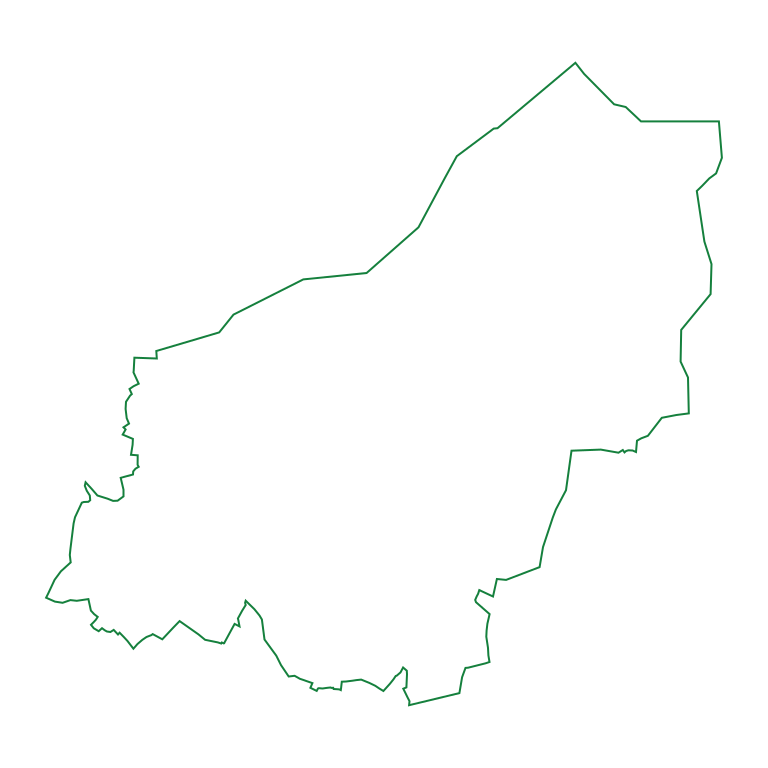 Oyi, Anambra, Nigeria (Natural Earth projection)
{"feature_id": "59680162B91981903970684", "entity_name": "Oyi", "entity_type": "district", "adm_level": 2, "iso_a3": "NGA", "parent_name": "Nigeria", "parent_adm1": "Anambra", "projection": "natural_earth1", "projection_center": [6.865, 6.226], "detail": "fine", "context": "isolated", "style": "outline", "palette": "green", "viewbox_px": 768, "rotation_deg": 0, "n_neighbors": 0, "source": "geoboundaries", "source_scale": "gbopen_adm2", "svg_char_len": 2732}
<svg xmlns="http://www.w3.org/2000/svg" viewBox="0 0 768 768"><path d="M85.6,482.3L84.8,485.8L86.8,490.8L89.8,495.5L90.2,500.2L88.4,501.8L83.8,502.0L81.8,502.7L75.0,517.3L73.6,523.4L70.5,548.3L69.8,555.0L70.7,562.4L60.9,571.3L54.6,579.8L48.3,593.3L46.1,597.7L54.9,601.6L62.6,602.8L70.4,600.1L76.8,600.8L88.4,599.1L90.9,610.6L94.1,614.1L97.7,616.9L95.9,619.7L93.8,622.0L91.0,624.8L93.8,628.3L98.7,631.2L102.0,628.2L104.8,630.3L106.9,631.5L110.4,632.0L113.7,629.9L118.0,634.5L119.6,632.7L123.9,637.1L127.5,641.0L133.4,648.7L137.5,644.0L142.4,639.8L146.5,637.0L151.4,635.1L152.7,634.1L162.3,639.3L173.2,627.7L179.6,621.1L198.5,634.4L205.1,639.8L217.8,642.4L221.2,643.5L221.8,642.5L223.8,643.4L224.2,643.2L224.4,642.7L234.6,623.9L239.5,626.4L238.3,620.0L237.9,618.5L242.1,610.8L245.7,605.0L245.1,602.8L245.7,600.7L254.4,609.2L259.5,615.5L261.9,619.5L264.5,639.5L276.3,655.7L281.0,665.1L288.7,676.5L294.6,675.8L298.0,677.7L299.9,678.8L302.0,679.5L303.8,680.1L306.3,681.0L312.4,683.1L310.4,687.8L312.4,688.8L316.7,690.9L317.5,689.4L317.9,688.6L318.3,688.3L318.9,688.2L322.6,688.5L326.0,688.0L328.4,687.7L330.6,687.5L331.3,687.9L333.2,687.8L333.6,689.0L336.8,689.2L339.3,689.4L340.8,690.1L341.1,687.9L341.8,681.7L346.1,681.5L352.5,680.7L356.4,680.1L361.2,679.6L369.3,682.9L375.3,685.8L379.3,688.5L383.4,691.0L389.9,683.8L393.5,679.3L395.7,676.0L396.7,675.7L400.5,672.4L403.1,667.5L406.8,670.7L407.0,674.2L406.4,687.4L403.3,688.7L407.5,697.3L409.5,701.2L409.1,705.2L459.4,693.1L462.1,677.2L465.5,667.9L468.1,667.7L485.6,663.3L489.5,662.0L488.4,655.4L488.0,647.9L486.3,636.7L486.6,630.5L487.4,623.7L489.6,614.1L476.0,602.2L475.2,599.9L476.7,596.4L478.1,593.8L479.3,590.1L493.0,596.5L496.9,579.0L506.1,579.9L539.6,567.1L543.0,547.1L552.8,517.5L555.9,509.4L566.0,490.2L571.5,450.7L600.8,449.6L618.5,452.7L622.8,450.0L624.5,452.4L626.1,451.0L628.4,450.3L632.6,450.5L636.0,452.0L637.0,440.7L641.3,438.3L647.9,435.8L661.8,417.8L676.4,415.0L688.8,413.4L688.0,377.5L680.6,361.6L681.2,329.9L710.6,294.1L711.5,264.1L704.4,241.6L696.8,191.0L702.1,185.9L709.3,178.4L716.1,173.4L721.9,157.8L718.9,121.4L641.0,121.4L625.7,107.0L614.1,104.3L584.1,73.9L575.4,62.8L497.5,128.2L493.7,128.6L456.8,156.2L444.7,178.3L418.5,227.3L366.6,273.0L303.3,279.4L233.5,314.6L219.2,332.4L204.7,336.7L156.3,351.0L156.8,358.5L134.4,357.7L133.7,370.8L133.5,372.4L138.7,383.7L133.6,386.2L129.5,389.0L131.8,394.1L130.1,395.6L126.0,401.8L125.6,408.9L126.7,418.2L129.0,423.6L123.5,427.3L125.6,429.5L122.7,434.6L132.9,438.9L132.6,444.8L131.0,454.8L137.7,455.3L137.6,464.8L138.7,466.8L135.5,468.7L133.2,471.4L133.0,474.5L120.7,477.8L123.5,489.7L123.5,496.4L117.6,500.7L113.1,500.9L107.6,498.7L97.4,495.5L91.7,488.9L85.6,482.3Z" fill="none" stroke="#15803d" stroke-width="2"/></svg>